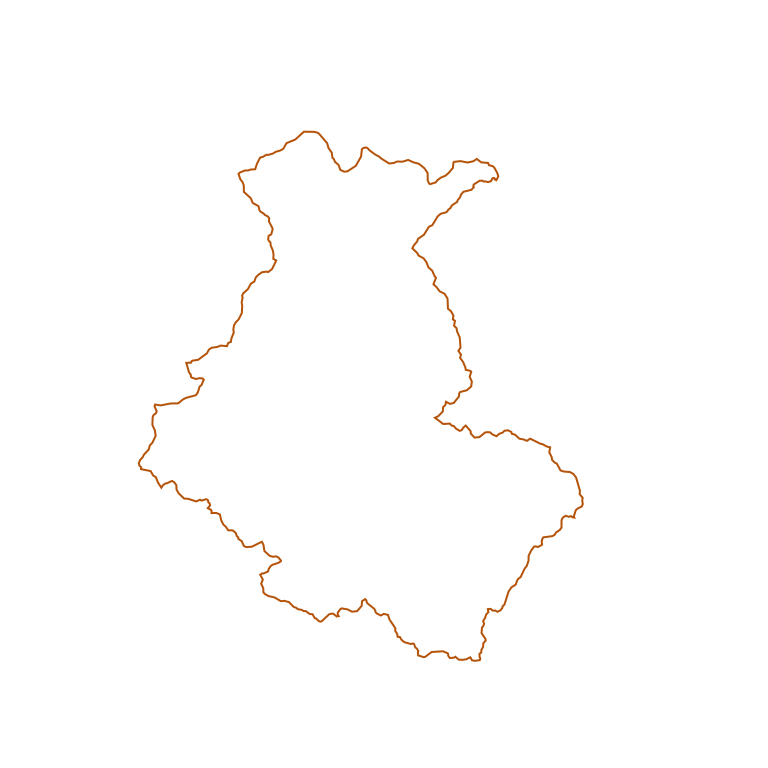 Recuay, Áncash, Peru (Albers equal-area conic projection), rotated 127°
{"feature_id": "86281439B88732567790180", "entity_name": "Recuay", "entity_type": "district", "adm_level": 2, "iso_a3": "PER", "parent_name": "Peru", "parent_adm1": "Áncash", "projection": "albers", "projection_center": [-77.446, -9.949], "detail": "fine", "context": "isolated", "style": "outline", "palette": "amber", "viewbox_px": 768, "rotation_deg": 127, "n_neighbors": 0, "source": "geoboundaries", "source_scale": "gbopen_adm2", "svg_char_len": 6142}
<svg xmlns="http://www.w3.org/2000/svg" viewBox="0 0 768 768"><g transform="rotate(127 384 384)"><path d="M321.7,321.7L321.6,323.0L323.5,327.3L322.0,328.7L318.9,333.9L317.3,339.0L314.2,340.2L312.8,344.5L308.9,344.8L301.2,351.6L297.9,357.5L295.8,359.5L295.3,363.1L290.8,365.4L291.0,367.9L287.6,369.7L285.5,374.4L285.4,378.2L277.5,384.7L275.5,389.9L276.5,395.3L275.0,400.3L274.6,404.5L267.9,406.4L267.5,408.3L264.5,413.7L264.1,418.7L261.1,423.6L259.8,428.0L260.6,433.7L259.4,436.3L258.6,443.0L255.6,443.6L250.2,443.3L247.7,444.2L240.7,441.9L231.5,442.8L228.1,441.0L217.9,442.0L214.0,441.2L209.9,438.0L208.1,437.3L206.4,437.6L203.2,436.8L200.7,437.3L194.6,435.2L192.7,435.8L189.0,435.6L186.7,436.5L182.6,436.2L176.4,431.1L172.8,430.7L172.2,431.8L170.7,432.4L164.2,430.0L162.4,427.8L162.4,426.3L161.2,425.0L160.2,422.5L157.6,420.6L154.5,421.2L153.7,420.7L153.2,419.2L154.0,418.7L153.6,416.9L149.3,417.7L147.1,420.9L144.8,426.2L144.6,428.4L146.1,431.9L144.8,433.9L148.5,439.8L148.4,445.3L152.5,446.8L156.8,450.5L160.0,457.1L164.4,461.7L165.4,461.8L169.9,459.0L176.7,459.4L180.7,460.3L185.0,462.8L189.1,464.0L191.8,464.0L196.6,467.4L196.8,468.4L195.3,471.4L189.2,476.2L187.4,481.5L187.1,488.5L189.3,494.1L190.5,499.5L195.4,503.1L198.5,507.5L201.5,509.1L204.8,512.6L205.6,522.2L205.3,524.6L206.0,528.8L206.1,536.2L205.5,539.2L206.1,541.0L208.1,542.6L209.9,542.9L216.1,539.2L226.7,537.8L236.2,541.2L238.4,543.6L239.3,547.7L236.4,552.1L236.1,556.8L234.5,559.5L234.3,561.4L230.7,564.9L228.9,570.4L225.9,574.3L223.2,586.6L223.5,589.1L224.9,591.9L230.7,599.8L242.2,602.0L250.3,606.8L256.8,606.0L260.0,607.4L263.7,610.2L266.8,611.4L270.9,614.5L271.7,615.9L275.3,617.3L277.7,619.2L284.6,618.0L290.0,616.1L293.1,619.7L295.3,621.1L297.0,623.4L301.6,626.3L303.7,626.7L306.9,622.0L308.0,618.3L309.8,615.5L314.9,611.5L315.8,602.2L318.4,597.8L317.5,591.3L320.2,588.0L320.7,586.4L320.3,582.6L320.7,581.1L320.1,577.6L320.7,575.5L323.4,573.7L326.9,566.5L328.0,565.8L332.4,564.1L335.0,565.3L338.0,563.8L338.9,562.4L339.2,560.0L341.6,557.8L344.2,553.2L347.0,550.2L350.7,547.7L350.2,544.4L359.4,542.6L364.3,543.8L364.8,545.3L368.2,548.7L372.5,550.1L376.1,550.5L380.3,549.2L383.9,550.7L390.1,549.8L396.4,551.0L399.0,550.4L399.8,549.1L404.6,546.7L406.7,544.4L413.0,540.2L419.8,539.0L423.9,539.5L427.5,539.1L431.3,537.0L433.2,535.0L439.7,533.2L442.5,531.6L444.9,533.1L448.3,532.2L451.5,537.4L454.9,539.6L458.8,543.5L461.9,544.5L466.2,543.9L476.5,547.0L480.6,551.0L482.0,551.4L483.0,550.9L486.1,554.6L492.0,546.8L492.9,543.8L494.4,542.6L494.6,541.4L493.1,537.1L490.5,535.0L488.9,532.6L488.9,530.6L494.6,529.1L497.0,529.7L502.8,527.6L506.2,527.5L514.1,533.7L517.4,535.3L523.3,536.7L528.1,542.8L535.5,549.5L538.1,554.4L539.9,553.9L542.7,549.0L544.7,548.6L547.6,549.4L549.9,548.7L556.2,544.2L558.9,539.1L562.7,535.2L570.4,533.6L573.9,534.1L577.9,532.5L585.1,533.2L587.4,532.7L591.9,533.0L595.0,532.0L596.3,530.2L596.7,527.8L598.2,526.8L594.0,518.0L596.0,513.2L595.7,510.1L598.6,505.5L600.8,499.4L598.2,499.6L595.3,498.9L593.6,497.4L589.1,495.1L588.7,492.6L589.7,489.0L593.2,486.1L594.9,482.1L595.8,474.7L593.6,471.4L590.8,463.3L587.1,461.3L587.0,459.6L583.1,456.8L582.7,455.6L582.8,454.5L584.3,453.0L584.2,451.6L585.6,449.8L589.2,450.0L588.6,446.5L589.6,444.8L590.9,444.1L587.9,440.3L587.0,436.5L590.9,431.9L592.9,427.8L593.3,424.0L594.6,420.4L592.0,416.8L592.1,412.8L594.0,410.1L594.2,408.1L595.4,407.0L595.1,403.1L597.7,398.4L597.2,396.0L593.6,391.7L583.5,386.6L584.9,383.6L589.4,378.9L590.0,371.8L588.7,368.5L586.6,366.6L586.1,364.0L587.0,360.0L587.9,359.7L590.8,361.0L595.4,364.2L597.6,364.9L601.0,364.8L603.5,363.8L607.8,366.2L608.6,367.3L610.8,368.1L613.1,363.1L617.4,361.9L619.7,357.6L623.0,354.9L623.4,352.7L622.9,348.7L620.3,342.9L619.5,335.6L617.1,333.0L615.4,328.6L616.4,321.8L615.5,319.3L615.8,317.6L613.9,313.8L613.7,311.5L612.5,310.0L612.4,304.8L610.9,302.6L612.7,298.3L612.1,297.2L612.6,293.7L612.2,291.9L611.1,291.0L600.9,289.2L600.0,288.6L598.0,286.5L598.1,281.8L596.7,280.5L595.9,282.2L594.5,283.3L590.1,283.4L588.7,282.8L586.0,277.6L585.1,272.6L581.7,268.8L574.7,268.3L570.6,270.8L567.2,269.6L567.3,268.1L568.8,266.2L569.2,264.4L569.4,256.6L570.2,254.6L571.3,253.5L571.6,251.6L570.8,247.2L567.7,245.8L566.0,241.8L568.7,238.1L572.3,227.8L574.4,226.5L575.7,223.0L577.7,221.0L576.5,219.1L577.7,216.2L578.0,212.6L575.5,206.1L573.9,204.8L573.5,203.5L575.4,200.9L575.6,198.2L576.8,195.7L578.2,195.3L580.2,193.4L578.2,187.8L577.1,186.9L569.3,184.6L562.0,176.1L560.7,170.9L562.6,168.7L563.2,166.4L560.5,163.5L558.9,162.9L559.1,158.3L557.2,155.5L554.4,152.7L550.3,150.6L551.7,147.4L550.4,144.8L546.8,141.3L545.2,142.0L544.2,143.7L541.9,145.4L540.1,144.7L537.7,146.2L534.4,146.6L531.2,148.7L527.7,148.4L526.6,149.4L524.2,156.2L519.5,159.2L517.4,159.0L515.3,159.8L513.6,162.2L510.0,162.5L506.6,163.7L503.4,163.3L501.3,165.6L499.4,163.5L499.6,160.9L497.9,158.7L497.7,156.4L494.8,154.8L492.0,154.7L489.8,155.5L487.9,155.0L474.5,159.7L469.5,159.8L465.0,158.1L460.8,159.4L458.7,159.5L456.0,158.7L446.6,160.6L443.3,160.5L438.0,162.3L434.2,165.1L428.6,166.2L423.7,166.3L422.5,165.4L421.6,163.0L417.8,161.2L417.1,161.1L415.0,163.2L412.8,164.2L410.6,164.5L404.2,158.0L401.6,156.9L399.1,157.3L394.9,155.8L391.9,155.8L386.0,160.2L383.0,160.8L379.9,159.6L378.8,156.4L377.0,155.2L377.0,153.1L376.1,151.6L375.3,152.8L369.3,154.9L366.6,154.3L362.8,152.3L360.2,153.0L358.1,155.3L355.3,156.9L354.2,161.5L351.3,163.3L343.1,174.3L341.9,178.7L342.4,182.5L345.8,187.9L346.8,191.0L343.6,198.0L344.0,200.3L343.5,204.0L341.3,206.3L339.2,210.8L334.6,213.2L336.0,216.5L336.7,221.5L337.5,222.7L339.7,234.4L343.4,235.6L344.3,239.3L346.2,242.9L345.6,248.8L346.8,251.9L345.7,253.4L346.4,257.2L348.9,259.7L351.5,260.0L354.4,262.0L358.0,262.7L359.1,267.3L358.7,270.0L360.1,272.3L361.9,274.1L368.9,275.8L372.3,279.4L371.4,284.8L369.5,286.5L368.0,293.7L371.0,294.4L374.2,294.2L375.9,295.4L376.3,299.5L375.6,303.0L376.5,305.0L376.0,307.6L380.3,312.6L380.3,323.0L377.1,321.3L370.6,320.5L366.9,322.9L364.0,322.3L360.9,323.8L360.2,319.4L357.2,316.9L349.0,316.6L346.4,318.2L344.6,318.4L339.2,314.1L333.5,312.9L329.2,315.3L326.7,319.9L321.7,321.7Z" fill="none" stroke="#b45309" stroke-width="2"/></g></svg>